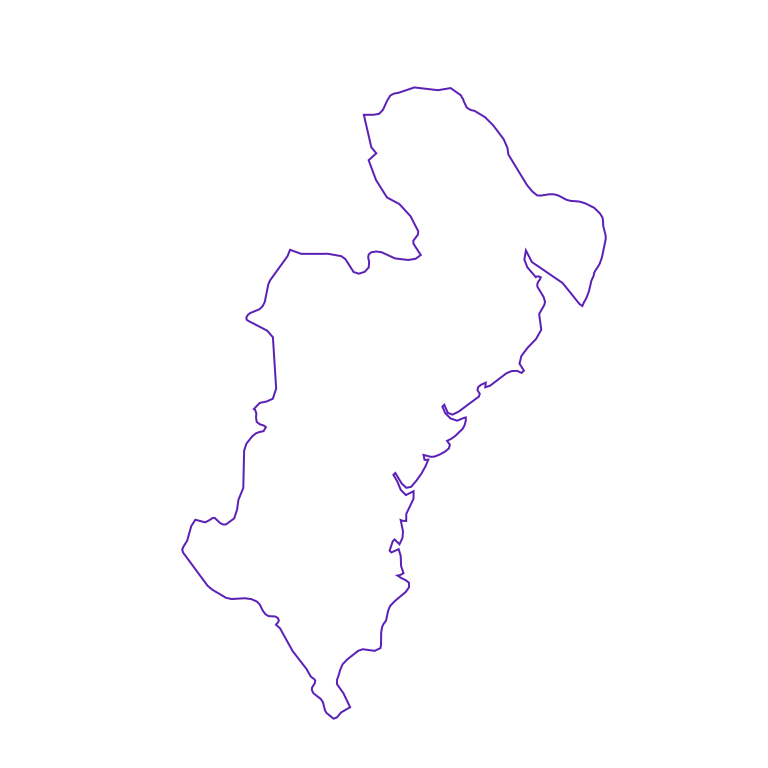 map outline of Manche (Equal Earth projection), rotated 225°
{"feature_id": "FRA-5322", "entity_name": "Manche", "entity_type": "Metropolitan department", "adm_level": 1, "iso_a3": "FRA", "parent_name": "France", "parent_adm1": "", "projection": "equal_earth", "projection_center": [-1.411, 49.095], "detail": "fine", "context": "isolated", "style": "outline", "palette": "violet", "viewbox_px": 768, "rotation_deg": 225, "n_neighbors": 0, "source": "natural_earth", "source_scale": "10m", "svg_char_len": 3682}
<svg xmlns="http://www.w3.org/2000/svg" viewBox="0 0 768 768"><g transform="rotate(225 384 384)"><path d="M298.9,579.4L302.3,578.8L329.1,581.7L365.7,574.8L378.1,578.8L372.7,571.2L365.2,567.9L352.2,566.9L352.1,567.9L350.5,569.6L348.6,570.3L347.7,568.2L347.3,565.4L346.2,563.0L344.4,561.3L332.7,558.4L328.4,556.1L326.6,553.4L323.8,543.2L311.2,533.6L308.3,523.3L308.1,511.3L306.7,501.0L302.6,494.2L294.5,492.4L294.5,489.2L299.2,487.4L302.8,483.5L305.0,478.4L307.8,457.7L310.1,453.3L313.0,456.9L314.9,452.0L315.2,448.2L313.5,445.7L309.4,444.8L308.0,442.3L311.7,417.2L313.9,410.8L318.5,408.7L326.7,412.0L326.7,409.3L320.2,406.7L312.6,406.7L306.3,409.8L303.6,416.4L302.5,418.2L300.1,415.7L297.7,411.4L296.7,407.7L296.9,397.4L297.7,392.8L299.2,388.4L294.4,387.6L292.6,384.3L293.0,379.5L294.6,373.9L297.0,368.3L299.3,365.7L305.9,361.8L301.8,359.1L301.0,359.7L299.2,361.8L296.4,355.0L294.1,346.8L292.7,338.3L292.1,330.5L294.8,326.4L300.9,326.1L313.1,329.1L313.1,326.4L306.0,324.6L297.3,321.0L290.0,320.9L287.3,329.1L282.0,323.8L276.4,307.9L271.4,302.8L273.6,300.9L274.5,300.2L276.0,299.6L266.3,293.2L262.2,288.4L259.7,281.6L266.6,281.6L266.6,279.0L262.2,270.1L259.7,270.1L256.9,277.6L250.7,274.3L243.1,267.3L236.4,264.0L237.3,261.0L237.9,259.7L239.0,258.1L234.3,259.1L229.8,260.7L225.9,261.1L222.6,258.1L221.6,252.5L222.9,237.8L222.7,231.6L221.7,228.7L220.3,225.9L215.4,218.4L214.9,216.3L214.7,214.1L213.5,210.8L210.2,206.2L201.5,197.3L199.8,194.7L201.9,188.7L211.4,181.5L213.6,177.1L215.2,163.6L215.1,156.5L212.6,150.4L209.9,145.6L208.0,141.5L205.0,138.5L194.2,136.7L179.4,131.5L182.1,121.4L181.5,115.0L183.0,111.7L192.0,110.7L195.2,111.6L201.9,115.7L205.8,116.6L215.2,115.4L218.6,116.6L220.2,118.4L221.4,123.6L222.9,125.6L224.5,126.0L228.2,125.4L229.8,125.6L237.3,127.7L259.6,130.5L284.7,137.7L290.1,137.4L290.3,138.3L290.4,140.5L291.2,142.5L293.6,143.5L296.8,142.5L301.4,138.3L305.0,137.4L309.0,137.9L316.0,140.2L320.0,140.3L325.7,138.1L331.0,134.0L339.7,124.2L344.5,121.1L360.1,117.1L366.2,116.6L406.7,122.7L409.4,124.0L410.8,127.1L412.4,134.1L419.8,147.2L421.4,154.6L412.7,159.7L411.3,163.8L410.5,167.8L409.1,169.6L401.7,169.8L398.7,170.7L396.5,172.8L394.9,183.0L399.2,191.5L405.0,199.1L410.0,211.0L435.8,238.0L439.1,244.5L440.2,253.9L439.6,258.7L438.1,262.1L436.5,264.3L435.9,265.6L437.0,270.0L439.7,269.6L443.3,267.7L447.2,267.2L450.8,269.8L453.4,272.9L456.9,274.6L458.3,274.3L458.5,282.7L454.6,288.7L452.2,295.0L457.0,304.5L495.6,338.5L504.3,339.1L524.5,332.7L526.7,332.4L528.2,333.5L529.1,336.4L528.8,339.5L524.9,348.9L524.9,353.4L526.4,357.8L536.3,372.7L537.9,377.0L542.6,406.1L545.3,412.5L534.5,417.5L515.6,436.5L504.6,444.2L499.5,445.0L484.7,441.7L479.8,444.2L477.0,449.6L477.2,455.6L481.0,460.0L484.6,462.2L486.4,464.8L486.2,468.0L483.2,472.2L478.8,475.5L465.0,480.6L454.5,488.9L450.2,494.9L449.2,501.2L462.3,504.0L464.6,506.1L465.6,513.4L467.8,516.2L483.8,521.4L500.4,522.1L513.8,518.0L533.9,522.6L553.1,531.4L552.6,541.7L560.3,542.4L588.6,560.1L581.8,566.9L578.5,571.6L578.6,577.1L582.1,586.5L583.5,592.5L582.3,596.4L579.8,599.9L572.2,615.2L553.6,629.9L546.1,640.4L533.6,642.5L531.2,641.6L529.3,641.4L528.0,640.5L521.1,638.0L517.5,638.7L514.9,639.9L514.1,640.7L512.3,641.4L501.1,644.1L489.6,644.1L472.5,641.7L463.6,638.2L458.3,634.2L423.6,625.8L415.1,625.0L409.0,625.7L406.2,628.3L401.6,634.6L399.1,637.3L396.3,639.4L393.4,640.8L385.2,643.3L381.9,645.2L374.9,651.1L369.6,654.0L359.9,657.2L351.9,657.3L346.9,656.1L343.6,653.4L340.9,650.9L332.4,645.8L329.8,643.4L319.5,627.8L316.6,621.7L315.7,618.5L314.7,613.5L313.9,611.0L312.3,608.8L310.4,603.7L304.9,594.9L302.1,588.9L301.1,586.0L300.6,583.8L299.3,580.3L298.9,579.4Z" fill="none" stroke="#5b21b6" stroke-width="2"/></g></svg>